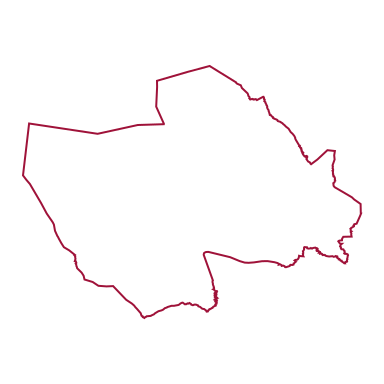 Nord-Odal nor, Hedmark, Norway
{"feature_id": "86288312B23847912636129", "entity_name": "Nord-Odal nor", "entity_type": "district", "adm_level": 2, "iso_a3": "NOR", "parent_name": "Norway", "parent_adm1": "Hedmark", "projection": "robinson", "projection_center": [11.686, 60.44], "detail": "fine", "context": "isolated", "style": "outline", "palette": "rose", "viewbox_px": 384, "rotation_deg": 0, "n_neighbors": 0, "source": "geoboundaries", "source_scale": "gbopen_adm2", "svg_char_len": 6022}
<svg xmlns="http://www.w3.org/2000/svg" viewBox="0 0 384 384"><path d="M344.3,263.3L344.9,263.3L344.7,262.9L345.1,262.9L345.3,262.1L346.2,261.7L346.6,261.8L346.7,261.4L347.0,261.3L346.9,261.0L347.1,259.5L347.3,259.4L347.1,258.8L347.4,258.1L347.7,256.0L348.0,255.5L347.7,255.0L347.8,254.5L346.8,253.9L345.0,253.9L344.2,253.4L344.8,252.1L344.5,251.5L344.5,250.9L344.0,250.6L343.4,249.4L341.4,249.2L340.8,248.0L341.0,247.7L340.7,246.8L340.1,246.4L340.6,244.9L341.8,243.8L340.7,243.8L339.7,243.3L338.3,241.3L338.7,240.9L339.5,240.6L342.0,240.3L342.1,238.7L343.3,236.8L351.6,236.6L351.2,234.4L351.4,233.3L350.7,232.2L350.7,231.7L351.4,231.3L350.7,230.9L350.7,229.3L350.4,228.8L351.2,228.1L351.3,227.8L352.4,227.3L353.6,226.5L353.5,226.1L354.0,226.1L354.1,225.4L353.8,225.3L353.8,225.1L354.0,225.0L354.3,224.2L356.6,223.7L360.0,216.1L361.0,213.6L360.8,213.6L360.6,204.0L354.2,199.5L351.9,197.3L335.0,187.4L334.5,187.0L333.6,185.8L333.3,183.2L334.1,182.7L334.7,181.8L334.8,180.8L335.2,180.6L334.8,179.5L335.0,179.1L334.7,177.3L334.1,176.7L333.5,176.5L333.3,176.0L333.7,175.7L333.0,174.3L333.2,173.9L332.9,173.3L333.0,171.3L332.5,170.8L333.1,170.2L333.1,169.2L332.6,168.4L332.8,168.0L332.7,167.3L332.9,166.4L332.7,166.1L332.8,166.0L332.6,165.2L334.6,159.5L334.2,155.3L334.9,151.0L327.4,150.2L317.4,159.5L311.1,164.2L310.9,164.0L311.1,163.8L310.4,163.5L309.9,162.4L308.1,161.5L306.4,159.0L306.8,158.4L306.7,158.1L306.7,157.6L306.9,157.5L306.8,157.3L307.3,156.8L307.2,156.3L306.4,155.9L305.7,156.1L305.4,156.5L305.4,156.8L305.0,156.6L304.4,156.3L304.2,155.8L303.2,154.7L302.4,153.1L303.2,152.9L303.3,152.8L302.2,151.5L301.7,151.3L301.8,150.6L301.7,150.1L301.3,149.9L301.4,149.4L300.9,148.7L301.3,148.4L301.2,148.0L300.0,147.3L299.9,146.6L299.2,146.2L299.4,145.9L299.2,145.9L299.4,145.8L295.8,139.8L295.2,138.5L295.2,137.7L294.2,135.8L292.5,133.7L290.7,132.1L288.6,128.7L285.8,126.5L284.6,125.2L283.2,124.1L282.4,123.2L280.8,122.3L280.5,121.9L277.9,121.1L277.4,120.5L277.4,120.1L276.7,119.6L274.2,118.7L273.0,118.0L272.9,117.6L273.2,117.4L273.0,117.1L272.2,116.7L270.8,115.2L270.3,115.1L270.5,114.8L269.5,114.0L269.2,112.4L268.7,111.4L268.6,110.2L267.6,108.8L267.1,107.5L267.3,106.9L267.0,105.8L266.5,105.4L266.5,104.8L265.4,102.8L265.5,102.3L264.3,101.1L264.6,100.7L264.7,99.7L264.1,99.2L264.2,98.9L263.9,98.4L264.0,97.8L263.5,96.8L263.1,96.8L256.9,100.1L255.8,99.1L254.9,99.4L254.1,99.5L253.8,99.2L253.2,99.5L252.3,98.9L250.2,99.5L249.9,99.2L249.8,98.7L249.3,98.3L249.6,97.7L249.5,97.1L248.3,95.8L248.1,94.6L247.6,93.4L241.9,88.0L240.8,85.3L237.1,83.7L236.2,82.9L236.1,82.4L209.6,66.0L187.6,71.9L157.0,80.8L157.1,87.0L156.2,106.6L163.9,123.8L163.8,124.2L137.8,125.0L97.6,133.8L29.1,123.5L23.0,175.4L26.4,179.9L29.9,184.0L41.1,203.1L46.7,213.5L52.8,222.4L53.9,224.6L55.0,230.8L57.4,236.1L58.0,236.9L58.7,238.4L61.3,243.1L63.9,247.2L69.1,250.3L74.9,254.9L74.4,255.2L74.8,255.6L74.9,256.1L75.3,256.7L75.2,257.7L75.5,258.8L74.8,261.2L75.8,261.4L75.8,261.7L76.3,262.6L76.2,263.3L75.7,263.6L76.3,264.9L76.4,266.1L76.7,266.5L77.2,268.3L81.6,272.6L83.6,275.7L84.5,279.5L92.7,282.0L98.4,285.8L106.5,286.4L113.1,286.1L126.2,299.8L131.8,303.5L134.2,305.6L135.2,307.0L137.0,308.9L140.7,313.2L141.5,315.7L142.2,316.2L142.6,316.2L143.0,316.8L142.9,317.2L144.4,318.0L145.3,317.0L146.2,316.8L146.6,316.3L150.8,315.9L151.3,315.5L154.0,314.3L155.0,313.3L158.5,311.2L161.5,310.4L163.2,309.6L164.8,308.2L166.9,307.5L167.3,307.1L171.5,305.8L174.0,305.8L178.3,305.0L179.3,304.5L180.4,303.5L182.1,302.7L182.8,302.7L184.9,304.3L186.2,304.2L186.4,303.8L187.1,303.8L187.9,303.3L188.7,303.6L189.5,303.0L191.1,304.1L191.2,304.6L192.7,305.2L193.4,305.1L194.2,304.6L195.9,304.6L198.0,305.4L198.3,306.3L200.1,306.9L202.2,308.7L204.3,309.1L205.1,309.8L205.9,310.3L206.6,311.6L207.8,311.5L208.1,311.0L208.0,310.7L208.2,310.4L209.8,309.3L209.7,309.1L211.3,308.5L212.0,307.9L212.5,307.9L213.3,306.7L215.7,305.6L215.2,304.8L215.3,304.5L216.6,303.7L216.6,302.9L216.2,302.7L216.8,302.0L216.7,301.8L216.4,301.9L216.5,301.8L216.2,301.5L216.4,301.2L216.1,301.2L216.3,301.0L216.1,300.9L216.0,300.4L215.5,300.4L215.6,300.1L216.0,299.9L215.6,299.7L216.0,299.6L215.5,299.6L215.7,299.4L216.0,299.3L215.7,299.0L216.3,298.6L215.9,298.2L216.4,298.1L215.6,297.7L216.2,297.4L216.1,297.0L215.3,297.1L215.5,296.7L215.8,296.7L215.4,296.4L215.5,296.1L214.7,296.1L214.6,295.9L215.8,295.3L215.2,294.7L215.8,294.5L215.4,294.1L215.8,294.1L216.1,294.3L216.3,294.1L216.0,293.6L216.3,293.3L216.4,293.0L215.4,293.0L215.2,292.8L216.7,292.1L216.9,291.8L216.4,291.5L216.5,291.1L215.5,291.2L214.6,290.5L214.3,289.8L213.3,289.3L213.9,289.0L214.1,288.7L213.9,288.1L214.0,287.4L213.6,287.0L213.7,286.5L212.9,284.6L212.9,283.4L212.6,282.7L212.5,281.1L212.9,280.5L203.7,254.8L204.0,253.2L204.9,252.5L206.1,252.0L208.4,251.9L230.2,257.2L239.7,261.1L244.7,262.6L248.6,262.8L253.9,262.4L262.1,261.2L267.5,261.1L274.4,262.2L277.4,263.0L278.9,263.8L278.7,264.7L280.1,264.3L281.5,265.1L281.7,265.9L283.2,265.6L284.6,266.2L285.1,267.1L286.0,267.2L289.7,266.0L290.2,265.0L290.5,264.8L292.2,265.0L293.5,264.6L293.6,263.5L294.2,263.3L294.8,262.5L295.7,261.8L295.3,261.6L295.4,260.8L294.7,260.4L295.4,259.9L296.9,259.8L297.9,259.2L298.8,257.7L298.8,257.1L299.1,256.3L299.1,255.8L300.5,256.1L303.4,256.3L302.9,255.3L303.1,254.6L302.8,253.8L303.3,253.0L302.9,251.2L303.4,250.8L304.1,249.4L304.0,247.8L304.4,247.1L307.0,247.3L307.2,248.3L308.5,248.6L310.4,248.4L310.9,248.0L312.0,248.6L313.0,248.0L315.3,247.6L315.8,248.0L316.8,248.1L317.7,248.8L317.7,249.1L316.8,249.5L317.0,249.8L316.8,250.2L317.3,250.2L317.2,251.0L318.5,251.0L318.5,251.6L318.8,252.0L319.4,252.0L319.0,252.7L320.2,252.6L320.4,253.0L320.2,253.2L320.4,253.4L320.3,253.7L321.3,253.5L322.0,253.9L322.1,254.5L322.7,255.1L323.9,254.8L324.3,255.2L325.1,255.1L326.1,256.0L329.1,256.5L332.5,256.2L333.6,256.8L335.2,256.5L335.5,256.1L336.2,256.4L336.8,256.2L337.2,256.4L337.0,257.2L337.5,257.4L337.5,258.2L339.2,258.9L339.0,259.5L340.0,259.8L340.3,260.4L341.6,260.7L341.5,261.3L343.1,262.3L344.3,263.3Z" fill="none" stroke="#9f1239" stroke-width="2"/></svg>